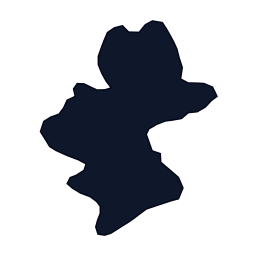 outline of São José da Lapa, Minas Gerais, Brazil, rotated 93°
{"feature_id": "56859067B3782991580479", "entity_name": "São José da Lapa", "entity_type": "district", "adm_level": 2, "iso_a3": "BRA", "parent_name": "Brazil", "parent_adm1": "Minas Gerais", "projection": "mercator", "projection_center": [-43.99, -19.696], "detail": "fine", "context": "isolated", "style": "filled", "palette": "ink", "viewbox_px": 256, "rotation_deg": 93, "n_neighbors": 0, "source": "geoboundaries", "source_scale": "gbopen_adm2", "svg_char_len": 1171}
<svg xmlns="http://www.w3.org/2000/svg" viewBox="0 0 256 256"><g transform="rotate(93 128 128)"><path d="M91.7,40.8L82.8,45.7L79.6,54.6L79.6,61.4L79.9,70.2L76.3,78.1L64.8,77.0L55.4,80.6L46.7,83.3L40.3,86.6L34.4,90.1L27.4,94.6L21.0,99.2L19.8,109.2L23.9,116.0L31.9,121.9L32.2,132.4L26.2,138.9L28.7,146.8L33.8,153.5L42.6,156.7L51.2,159.4L58.0,161.4L66.3,160.9L74.7,157.0L82.4,152.2L88.8,146.8L91.1,153.0L91.7,160.9L89.2,167.3L86.3,174.1L86.3,181.0L91.8,184.4L99.2,182.3L103.4,190.2L111.1,193.2L117.8,197.6L121.3,205.9L125.9,212.4L136.2,215.2L144.9,209.1L150.6,205.2L154.1,198.8L156.4,193.0L159.0,186.2L162.3,175.8L166.0,167.9L172.6,169.7L177.9,177.1L180.6,183.1L186.7,185.8L191.2,179.9L195.4,172.1L198.5,162.2L203.1,155.4L207.6,151.6L214.7,151.2L221.7,153.5L228.5,155.0L235.5,152.4L236.2,145.7L234.0,139.7L227.6,130.7L221.7,122.3L217.6,117.1L213.3,112.0L207.9,105.5L203.6,94.6L198.5,81.5L196.0,73.9L185.0,70.0L174.7,75.1L169.7,81.5L165.2,87.4L160.5,93.5L151.9,94.4L149.6,102.7L142.2,105.8L133.3,109.5L127.8,107.1L123.0,99.9L119.0,91.1L117.8,84.3L115.7,75.1L109.5,68.6L108.1,59.7L103.0,51.9L96.4,46.4L91.7,40.8Z" fill="#0f172a" stroke="#020617" stroke-width="1.5"/></g></svg>